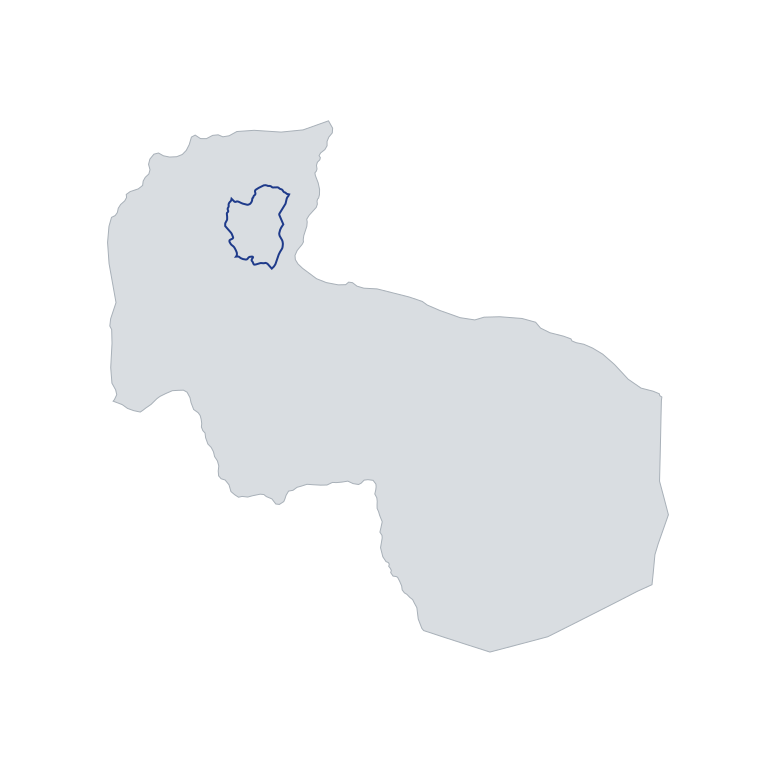 Paraguay, with Paraguarí highlighted, rotated 167°
{"feature_id": "PRY-611", "entity_name": "Paraguarí", "entity_type": "Department", "adm_level": 1, "iso_a3": "PRY", "parent_name": "Paraguay", "parent_adm1": "", "projection": "orthographic", "projection_center": [-57.025, -26.024], "detail": "fine", "context": "in_parent", "style": "outline", "palette": "blue", "viewbox_px": 768, "rotation_deg": 167, "n_neighbors": 0, "source": "natural_earth", "source_scale": "10m", "svg_char_len": 5470}
<svg xmlns="http://www.w3.org/2000/svg" viewBox="0 0 768 768"><g transform="rotate(167 384 384)"><path d="M402.3,158.7L403.7,163.7L404.6,167.5L406.8,170.2L409.0,173.9L411.1,175.9L412.6,179.3L412.2,183.2L413.1,188.2L414.2,192.5L415.3,193.6L418.4,194.8L419.9,198.7L418.8,200.7L419.3,202.9L420.4,205.2L419.4,207.3L419.9,209.0L422.0,210.5L424.0,215.9L424.2,225.3L422.1,230.3L420.4,234.4L420.0,236.9L421.3,240.6L419.2,244.9L416.7,250.2L417.3,253.8L417.8,257.2L418.0,260.9L418.7,264.3L417.9,268.0L417.0,271.2L416.6,274.8L417.7,278.9L415.8,282.8L414.8,285.6L414.4,288.3L416.3,292.6L421.2,294.4L425.0,294.8L428.6,292.5L431.4,291.8L436.5,293.9L441.1,297.5L447.1,297.9L452.4,298.6L456.4,299.7L462.3,298.4L468.5,299.7L475.7,301.8L481.6,303.6L487.5,303.1L492.0,302.9L496.6,300.9L501.1,301.1L504.5,297.5L506.4,294.3L508.1,292.0L513.0,290.2L516.4,291.4L519.1,297.3L524.0,300.8L525.9,303.3L529.4,304.5L537.3,304.7L542.2,304.5L547.6,306.4L551.2,306.4L554.4,309.7L557.3,313.6L557.7,320.7L560.4,326.2L564.0,328.3L565.8,331.7L565.1,336.5L563.4,341.3L563.6,346.5L565.4,351.4L565.4,356.2L566.6,361.0L569.1,365.1L569.9,371.8L569.4,376.5L571.0,379.3L571.6,383.2L570.5,386.4L570.1,390.7L570.2,394.6L571.5,397.8L575.2,402.0L576.2,409.3L576.1,414.3L577.7,420.3L580.8,423.1L585.8,424.1L591.7,425.1L598.8,423.8L605.1,422.3L608.6,420.8L615.6,416.5L621.7,414.1L624.9,412.6L627.8,411.5L633.8,414.3L639.4,417.9L643.7,422.8L651.8,428.2L650.2,429.4L646.8,433.7L646.8,438.7L648.9,446.0L646.6,461.4L639.9,484.7L637.1,498.3L638.1,502.2L635.7,509.0L626.8,523.6L626.3,533.5L624.8,563.2L621.5,584.1L616.5,599.5L612.0,607.7L608.0,608.6L605.2,611.1L603.4,615.0L600.2,618.2L595.5,620.7L592.9,623.6L592.5,626.7L588.0,628.6L579.5,629.4L574.5,631.8L573.0,635.9L570.1,639.1L565.9,641.5L563.8,645.4L564.0,651.0L561.5,655.8L556.5,659.7L551.8,659.8L547.6,656.0L542.0,653.4L534.9,652.1L528.9,653.0L524.1,656.1L519.9,661.1L516.1,667.9L512.0,669.0L507.6,664.4L501.9,663.0L495.0,664.8L489.5,664.1L485.4,661.1L479.1,660.7L470.6,663.1L453.5,660.4L427.6,652.6L405.7,649.8L378.9,652.9L376.5,644.8L377.9,640.3L382.2,637.0L384.9,633.2L385.9,628.9L388.9,625.7L393.8,623.4L395.9,621.1L395.1,618.9L396.1,616.9L399.0,615.1L400.6,612.3L400.9,608.6L402.0,606.7L403.8,605.3L404.0,602.7L402.9,594.7L403.0,588.1L404.3,583.0L405.9,579.9L407.1,579.1L408.1,577.3L408.5,574.2L410.3,571.3L418.9,565.3L422.2,562.0L422.4,559.1L423.7,555.1L428.8,546.6L430.3,542.6L430.5,540.6L432.3,538.5L438.5,533.7L441.8,529.3L442.4,525.1L440.8,520.3L437.3,515.0L426.1,501.8L417.4,495.8L406.3,490.9L399.0,489.4L395.5,491.2L391.9,489.8L388.3,485.4L382.1,481.9L369.3,478.2L339.9,463.1L328.1,455.8L324.1,451.2L313.1,443.1L294.9,431.5L281.1,426.0L271.5,426.6L256.1,423.5L234.8,416.8L222.4,410.1L218.9,403.3L210.9,396.7L198.3,390.2L191.7,385.9L191.2,383.7L187.4,381.0L180.4,377.8L172.7,372.1L164.2,363.9L155.0,351.1L145.0,333.7L134.5,322.2L123.5,316.5L118.0,312.6L117.9,310.6L116.2,308.8L117.5,305.3L121.0,291.6L126.0,271.8L131.2,251.4L137.4,227.3L136.8,210.4L136.3,192.6L145.8,177.6L152.6,166.9L158.4,156.8L164.1,139.6L168.0,128.2L183.8,125.0L210.7,118.2L224.1,114.9L252.5,107.9L281.3,100.9L311.7,99.9L341.1,99.0L364.1,112.7L381.6,123.2L400.8,134.8L402.1,137.4L403.5,147.3L402.3,158.7Z" fill="#d9dde1" stroke="#a8b0b8" stroke-width="1"/><path d="M493.4,537.5L495.3,538.9L496.7,540.6L497.2,540.9L497.6,541.1L499.6,541.4L498.5,542.4L498.1,543.6L497.9,544.8L498.0,546.0L498.4,548.1L499.0,550.3L499.4,551.3L499.9,552.1L501.4,554.0L501.9,555.1L502.5,557.0L502.5,558.0L502.2,558.7L501.6,559.1L498.9,559.7L498.5,560.0L498.1,560.4L498.1,560.9L498.1,561.2L498.1,561.4L498.5,564.0L498.7,565.0L499.1,565.9L503.2,573.6L502.7,575.8L502.4,576.5L500.3,578.9L499.8,579.7L499.2,582.3L498.9,584.8L498.8,585.4L498.5,586.0L497.2,586.9L497.0,587.2L496.9,587.7L496.9,588.3L497.0,589.0L497.0,589.6L496.7,590.4L495.9,591.2L495.5,591.8L495.2,592.6L495.2,593.3L494.9,594.2L494.4,595.0L493.2,596.1L492.4,596.5L491.6,597.3L490.9,598.8L488.7,595.3L488.2,595.0L487.4,594.8L486.7,595.0L485.5,594.8L484.4,594.1L482.3,592.4L481.0,591.5L477.3,589.6L476.9,589.4L476.3,589.3L475.7,589.3L475.1,589.4L474.4,589.5L474.0,589.7L473.6,589.9L472.6,590.7L471.9,591.5L471.3,592.4L471.0,593.2L470.8,593.8L470.6,594.3L470.3,594.7L469.6,595.0L469.3,595.5L469.1,595.8L469.0,596.1L468.7,596.4L468.3,596.8L467.4,597.2L466.9,597.6L466.5,598.2L466.4,599.1L466.4,600.2L466.3,601.0L465.9,601.7L465.1,602.2L461.9,603.3L456.5,604.6L454.8,604.4L453.5,603.8L452.5,603.1L450.8,602.7L449.9,602.2L449.3,601.6L448.9,601.0L448.1,600.5L443.6,599.6L442.7,599.1L442.3,598.6L441.9,598.0L441.4,597.5L439.9,596.6L439.5,596.1L439.2,595.6L438.8,594.4L438.5,593.8L438.1,593.3L437.4,592.9L437.0,592.6L435.9,591.1L433.8,590.1L435.0,588.6L436.3,587.6L437.1,586.5L439.4,581.8L447.6,573.5L447.9,573.0L448.0,572.3L446.2,562.2L449.1,559.4L450.5,557.6L452.2,554.4L452.4,552.9L452.3,551.6L450.9,546.9L450.8,545.4L451.0,543.3L451.8,540.9L452.4,539.5L453.2,538.5L455.4,536.3L457.4,533.9L462.7,525.4L463.1,524.9L464.9,523.2L467.4,521.7L470.5,527.4L471.1,527.9L472.0,528.6L473.7,528.7L474.4,528.8L475.9,529.3L477.0,529.6L477.5,529.6L482.2,529.3L482.8,529.4L483.6,529.5L484.0,530.0L484.2,530.6L484.5,532.4L484.7,532.9L485.1,533.7L485.2,534.0L485.2,534.3L485.1,534.6L484.9,535.0L484.2,535.8L483.4,536.5L483.2,536.8L483.1,537.0L483.3,537.5L483.8,537.8L484.3,537.9L486.2,538.1L486.6,538.0L487.1,537.9L487.5,537.7L487.9,537.4L488.4,537.0L488.9,536.6L489.6,536.3L490.3,536.3L490.8,536.4L493.4,537.5Z" fill="none" stroke="#1e3a8a" stroke-width="2"/></g></svg>